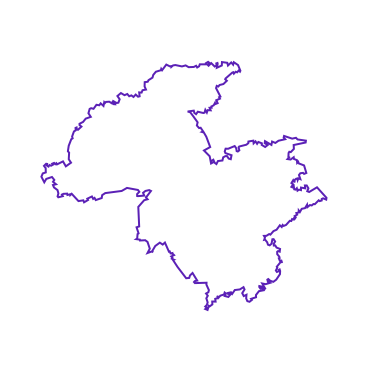 outline of Soledad de Doblado, Veracruz, Mexico, rotated 151°
{"feature_id": "50627088B9477329295961", "entity_name": "Soledad de Doblado", "entity_type": "district", "adm_level": 2, "iso_a3": "MEX", "parent_name": "Mexico", "parent_adm1": "Veracruz", "projection": "mercator", "projection_center": [-96.46, 19.061], "detail": "fine", "context": "isolated", "style": "outline", "palette": "violet", "viewbox_px": 384, "rotation_deg": 151, "n_neighbors": 0, "source": "geoboundaries", "source_scale": "gbopen_adm2", "svg_char_len": 5987}
<svg xmlns="http://www.w3.org/2000/svg" viewBox="0 0 384 384"><g transform="rotate(151 192 192)"><path d="M108.4,292.7L109.2,290.7L111.3,290.7L112.7,295.4L116.3,294.4L116.6,295.5L114.2,296.5L114.8,298.0L117.4,297.9L117.6,296.7L123.3,299.9L124.8,298.5L127.1,298.4L127.2,300.4L129.8,300.5L134.4,302.8L136.2,305.8L139.9,306.7L145.0,311.1L147.2,311.9L149.5,311.4L149.2,312.2L150.5,312.7L152.7,315.9L159.1,313.0L159.2,314.6L160.2,313.6L165.3,314.7L169.1,313.2L171.1,311.2L175.8,310.9L177.3,309.9L180.1,311.0L182.3,307.3L182.6,303.9L185.9,305.0L187.9,303.4L189.9,304.7L191.4,301.1L193.0,301.5L194.0,304.5L197.1,303.5L198.2,305.9L200.5,306.2L201.1,309.1L204.1,309.4L206.2,313.0L210.7,312.1L210.3,308.2L213.1,305.8L214.8,306.4L216.2,308.7L216.7,306.0L218.2,307.0L218.0,309.2L219.2,308.6L220.6,311.1L223.6,312.5L225.0,312.0L225.2,313.1L227.7,310.2L228.9,313.8L231.0,312.8L233.3,314.6L237.8,312.5L239.6,314.2L241.2,314.3L244.4,311.1L244.1,306.8L249.4,307.7L253.3,306.1L257.3,306.2L257.9,305.1L257.0,302.8L261.6,301.7L262.3,303.0L261.7,304.4L262.8,304.5L263.8,302.3L265.9,302.2L270.0,298.6L270.4,296.8L272.0,296.7L277.4,292.2L280.8,287.8L280.4,286.0L283.9,280.4L283.6,276.3L289.9,275.6L290.0,281.3L296.7,281.6L296.7,282.9L298.0,282.6L298.5,284.3L300.5,284.5L300.3,283.3L302.5,283.3L303.6,284.7L305.2,283.8L306.1,285.5L305.1,286.8L305.9,287.4L308.8,286.6L308.4,283.8L310.4,280.0L313.5,280.6L316.3,278.4L316.5,272.1L313.1,274.1L307.2,273.0L306.6,269.3L308.6,268.3L307.2,264.7L310.2,265.5L310.5,262.9L308.7,258.9L309.5,255.6L311.7,253.3L311.5,252.2L307.0,251.0L307.0,252.8L305.3,252.7L302.0,251.1L302.4,249.8L299.7,249.1L300.0,248.3L298.1,248.8L295.7,239.1L291.1,237.4L291.4,235.3L286.8,235.4L286.8,236.9L281.7,236.6L281.8,233.9L280.1,234.1L280.1,231.6L273.9,230.5L272.1,232.8L268.4,233.1L253.0,227.0L246.9,227.1L238.3,220.0L238.0,217.7L241.0,216.8L241.9,215.1L241.3,214.6L235.5,212.0L235.2,215.0L232.2,215.5L228.5,214.4L227.4,212.8L234.9,209.5L234.4,207.2L237.8,208.0L246.2,205.0L254.9,187.5L257.6,188.0L258.8,181.7L260.0,181.6L262.5,177.9L263.6,177.8L260.7,175.6L261.0,174.8L256.3,172.5L255.1,169.9L256.4,162.9L260.5,160.2L256.0,159.5L255.4,158.2L255.4,159.6L250.3,162.6L244.7,163.3L243.1,160.2L240.2,160.9L241.1,151.0L240.3,150.9L240.5,148.7L239.3,148.3L240.2,147.7L239.0,147.9L238.3,145.5L241.4,145.7L241.0,144.0L242.0,143.5L240.8,141.8L241.6,142.0L241.0,133.6L238.9,119.4L236.1,118.2L234.2,120.0L230.8,120.9L230.4,112.0L232.8,112.7L233.9,112.3L233.6,110.9L223.3,105.6L224.3,104.0L224.8,98.0L226.3,96.4L228.9,96.4L228.5,93.6L231.0,92.1L231.8,87.9L233.8,86.0L235.9,85.4L235.1,83.7L237.1,83.2L235.6,81.3L232.5,84.3L232.1,83.4L228.7,83.8L227.4,86.4L224.5,84.7L223.5,87.3L220.7,86.7L220.2,89.1L220.4,86.6L217.4,87.6L213.6,86.8L212.2,88.2L211.6,86.7L213.8,85.2L211.1,82.6L206.8,84.2L209.8,85.3L209.7,86.3L206.5,85.4L206.3,83.4L202.1,85.5L197.4,83.6L193.1,83.8L193.3,81.3L197.1,79.2L197.2,75.9L194.2,75.7L196.2,72.7L196.5,69.7L194.9,68.1L191.9,68.6L192.1,69.9L187.0,68.9L186.0,70.9L181.5,72.8L177.2,71.4L177.8,74.2L179.0,74.3L179.2,76.4L178.7,77.1L175.7,74.6L175.8,71.9L174.8,72.1L174.9,77.9L172.3,75.7L167.8,74.7L169.1,76.8L168.6,78.8L167.5,78.9L166.6,76.4L164.4,74.0L160.8,74.5L154.9,77.5L153.2,80.2L152.9,81.8L153.8,81.8L153.8,80.6L156.5,80.9L156.7,82.7L154.1,84.4L154.1,85.5L148.6,87.7L147.9,87.7L147.5,87.1L147.4,87.1L147.1,88.7L148.5,89.4L148.2,91.9L147.4,91.8L147.0,93.1L147.6,96.3L146.5,98.4L145.3,98.6L144.2,97.3L142.6,99.5L145.0,102.4L145.1,104.9L146.4,105.5L145.6,107.1L143.3,108.4L143.5,111.2L144.6,111.7L147.5,108.2L149.9,107.7L151.1,109.1L150.6,111.6L151.2,115.0L152.0,115.2L150.3,116.7L150.3,118.7L148.2,117.6L144.9,117.8L144.1,116.7L139.7,118.3L136.3,118.0L131.3,120.3L130.5,117.9L128.7,119.2L128.3,117.9L125.7,117.6L120.4,119.4L119.2,118.5L117.6,119.8L116.9,118.9L115.1,119.9L115.2,118.7L113.6,119.5L113.8,121.2L111.0,121.2L110.9,123.0L108.6,122.4L107.6,124.1L107.3,122.2L104.2,124.1L101.0,123.1L97.5,125.1L98.4,122.8L95.2,123.4L93.8,122.2L91.6,122.6L90.5,121.8L85.2,123.3L84.7,122.1L82.7,121.7L81.9,123.0L80.4,122.9L78.3,120.3L77.2,121.7L80.4,135.5L89.5,135.2L90.8,136.8L88.4,138.8L88.5,142.1L90.1,143.0L91.2,140.3L94.5,143.0L95.8,140.8L97.3,142.2L99.1,142.0L98.5,144.5L100.3,143.9L101.3,144.8L100.2,147.7L101.9,147.3L102.6,148.3L99.8,149.6L100.7,151.6L97.7,153.3L97.6,150.6L96.6,152.7L94.6,153.1L93.3,152.8L93.8,151.2L92.4,152.3L91.0,150.7L90.2,155.0L88.2,155.9L85.6,154.9L85.2,153.5L82.8,153.2L81.1,160.9L84.8,165.3L84.5,166.9L85.9,166.5L84.8,169.0L86.8,171.5L86.2,173.1L90.0,172.6L92.5,174.5L90.2,175.3L90.6,176.1L88.6,179.3L87.4,180.0L86.3,179.0L82.0,180.3L80.3,183.8L68.6,180.2L67.5,181.7L74.2,186.8L74.8,189.0L78.5,190.1L84.3,196.4L85.4,195.2L84.9,193.0L91.5,194.9L95.3,194.5L97.5,197.3L99.7,194.7L103.5,201.1L104.7,199.5L103.1,196.4L106.2,195.9L108.2,199.4L107.3,200.7L109.7,203.6L111.7,202.6L111.9,205.5L114.5,204.7L113.5,207.2L118.2,208.8L119.1,207.4L121.5,207.0L128.7,208.9L129.6,208.5L130.4,205.5L132.3,205.2L133.1,206.1L132.1,208.9L132.4,211.5L139.4,212.3L141.6,213.6L143.7,211.6L143.9,209.8L139.6,205.0L142.2,201.9L143.7,203.4L144.0,206.5L145.5,207.2L147.9,207.2L150.1,204.8L154.3,206.5L157.1,204.6L158.0,206.6L157.7,209.9L159.7,209.8L160.8,208.8L159.7,207.7L161.5,207.7L159.2,214.7L161.4,222.5L154.3,222.5L152.7,233.4L152.8,238.3L154.2,239.7L152.9,239.7L153.3,244.0L154.8,244.5L155.5,247.8L153.3,250.2L154.2,257.8L154.9,262.6L156.8,264.5L151.0,262.3L151.6,260.1L150.7,258.1L148.0,259.4L143.8,255.6L142.6,255.3L140.5,257.4L140.5,254.3L138.6,256.0L136.1,254.4L135.8,257.1L134.0,256.2L133.6,257.4L131.0,257.3L128.7,258.8L128.9,257.6L126.5,257.3L126.2,260.5L122.3,260.1L122.3,261.8L120.9,261.7L120.6,271.2L118.9,272.8L117.9,271.5L116.0,272.2L112.2,271.2L107.6,272.4L108.3,274.5L107.7,275.0L98.9,276.9L97.9,276.8L98.0,275.2L95.5,276.0L94.5,274.8L92.3,275.6L91.7,274.0L90.9,274.6L90.2,280.7L92.5,285.2L94.3,283.4L94.9,286.3L99.2,285.2L98.5,287.9L102.8,291.1L104.6,288.2L110.0,288.6L107.4,291.7L107.2,292.5L108.4,292.7Z" fill="none" stroke="#5b21b6" stroke-width="2"/></g></svg>